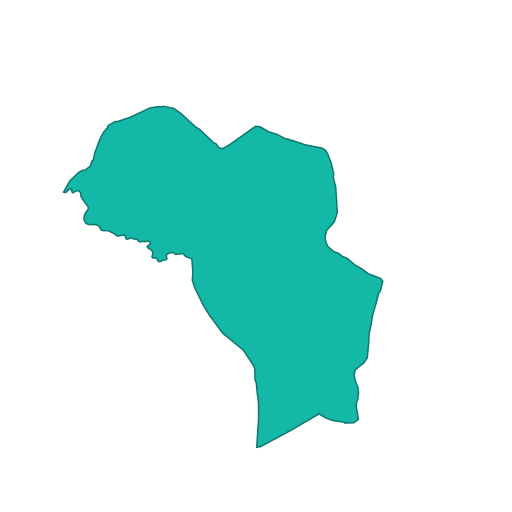 the district of Acatenango, Chimaltenango, Guatemala, rotated 54°
{"feature_id": "79465075B13136333773356", "entity_name": "Acatenango", "entity_type": "district", "adm_level": 2, "iso_a3": "GTM", "parent_name": "Guatemala", "parent_adm1": "Chimaltenango", "projection": "robinson", "projection_center": [-90.976, 14.55], "detail": "fine", "context": "isolated", "style": "filled", "palette": "teal", "viewbox_px": 512, "rotation_deg": 54, "n_neighbors": 0, "source": "geoboundaries", "source_scale": "gbopen_adm2", "svg_char_len": 2932}
<svg xmlns="http://www.w3.org/2000/svg" viewBox="0 0 512 512"><g transform="rotate(54 256 256)"><path d="M238.7,147.7L236.9,146.4L235.1,144.8L225.0,140.5L215.5,138.0L211.6,137.6L209.5,138.4L207.6,139.1L194.8,151.0L183.4,158.9L182.5,160.5L180.9,160.7L178.5,163.3L169.8,167.6L163.3,172.5L154.0,176.7L150.8,180.1L150.4,213.2L149.4,220.1L146.7,222.4L141.6,222.4L139.7,223.7L120.5,227.1L116.3,229.0L97.1,232.8L88.3,235.7L80.1,243.3L80.1,244.6L77.7,247.3L73.9,254.7L69.8,276.4L65.7,289.2L64.3,291.1L63.6,299.3L65.1,301.2L66.3,306.7L69.9,314.0L78.1,326.2L82.7,331.1L82.7,333.0L85.7,336.7L86.2,343.6L84.5,346.7L84.2,350.5L85.8,362.4L91.2,374.1L92.6,373.0L92.7,371.6L92.4,369.5L92.4,367.7L92.9,366.3L94.3,366.2L95.7,367.2L97.1,367.2L97.4,365.7L97.5,364.4L97.9,362.4L99.3,361.1L101.3,360.7L102.7,361.2L104.1,362.1L105.5,362.7L107.3,362.9L108.8,362.9L111.0,362.9L114.4,362.9L115.8,362.8L117.1,362.8L119.0,363.6L119.5,364.7L120.1,366.2L120.6,367.7L121.1,368.9L121.6,370.0L122.3,371.0L123.7,372.4L124.7,373.3L126.3,374.0L127.5,374.3L128.8,374.4L130.8,373.9L132.3,372.6L133.2,371.7L134.1,370.3L135.1,368.9L136.2,367.4L137.4,366.6L138.4,366.0L139.6,365.5L141.2,365.5L143.3,366.0L144.7,365.7L146.3,363.9L147.1,362.8L147.9,361.7L149.0,360.5L150.1,359.9L151.1,359.4L152.7,358.5L154.6,357.7L156.1,357.3L157.4,357.0L158.8,356.0L159.4,354.8L160.2,352.8L160.7,351.7L161.6,350.2L163.1,349.9L164.7,350.9L166.3,350.9L167.1,349.4L167.5,347.6L167.9,346.3L169.5,345.3L170.8,344.6L171.8,343.1L173.1,342.4L174.6,342.4L176.1,341.9L176.7,341.0L177.1,339.9L178.1,338.4L179.1,337.6L179.7,336.4L180.1,335.3L180.8,334.2L182.2,333.6L183.8,334.0L184.2,335.8L184.1,337.0L184.4,338.5L186.4,338.6L187.7,337.9L189.3,337.3L191.1,337.2L192.2,337.3L193.2,337.8L194.2,339.1L195.2,340.4L196.5,340.9L197.6,340.0L198.0,338.9L198.9,337.8L200.6,337.8L202.0,338.3L203.5,338.0L204.1,336.8L204.4,335.7L204.5,334.4L205.5,332.4L206.2,330.7L205.6,329.4L204.3,329.0L202.9,328.3L202.3,326.6L202.6,325.1L203.1,323.6L203.6,321.9L204.7,320.9L206.1,320.6L207.3,320.2L208.5,318.4L209.0,317.3L209.7,315.9L210.4,314.4L211.8,313.6L213.5,313.4L214.7,313.2L216.5,312.4L217.6,311.4L220.8,309.7L232.4,316.9L238.2,321.8L245.2,324.1L264.3,327.5L275.8,328.5L299.2,328.3L324.5,321.6L343.4,322.4L347.1,323.6L355.8,329.7L358.6,330.2L367.1,335.3L376.0,340.1L389.5,349.8L411.2,367.9L411.6,366.7L412.9,364.5L413.7,358.4L417.7,328.8L420.8,297.8L427.0,295.3L434.2,290.7L442.0,282.7L443.5,282.2L448.4,274.9L448.3,269.1L436.8,263.4L433.4,260.6L431.9,258.0L427.0,253.5L422.2,250.8L413.3,248.5L412.7,247.6L410.3,247.0L406.4,242.5L405.9,231.7L403.8,225.8L391.9,215.4L385.5,210.3L380.3,204.5L372.1,196.1L364.1,185.7L358.0,178.3L357.7,176.6L356.3,174.6L351.0,168.3L347.6,168.3L336.4,175.5L328.2,178.1L321.2,181.3L311.8,183.5L306.8,186.5L302.4,187.6L298.1,190.5L290.3,192.3L286.4,191.4L281.8,189.5L277.0,184.1L274.4,172.6L268.8,164.8L247.1,151.0L238.7,147.7Z" fill="#14b8a6" stroke="#0f766e" stroke-width="1.5"/></g></svg>